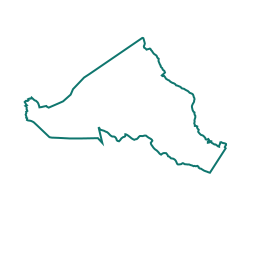 outline of Ibipeba, Bahia, Brazil, rotated 139°
{"feature_id": "56859067B8671900633841", "entity_name": "Ibipeba", "entity_type": "district", "adm_level": 2, "iso_a3": "BRA", "parent_name": "Brazil", "parent_adm1": "Bahia", "projection": "orthographic", "projection_center": [-42.197, -11.534], "detail": "fine", "context": "isolated", "style": "outline", "palette": "teal", "viewbox_px": 256, "rotation_deg": 139, "n_neighbors": 0, "source": "geoboundaries", "source_scale": "gbopen_adm2", "svg_char_len": 3625}
<svg xmlns="http://www.w3.org/2000/svg" viewBox="0 0 256 256"><g transform="rotate(139 128 128)"><path d="M180.8,214.3L182.1,213.9L183.1,214.9L184.5,215.3L184.8,214.2L185.9,214.2L187.3,215.5L188.9,215.4L189.1,214.0L189.5,212.6L189.4,211.5L190.9,211.9L190.7,211.0L191.1,209.8L192.2,208.8L192.4,207.9L192.8,206.9L194.2,207.1L194.9,206.0L196.5,205.2L197.1,203.4L198.1,202.6L197.7,201.5L199.0,200.4L198.5,199.3L197.8,198.5L197.0,197.6L196.3,196.5L195.8,195.3L195.4,194.3L194.9,189.7L193.3,172.6L191.9,170.8L187.1,166.3L178.5,158.0L177.8,157.4L172.3,152.6L167.2,148.3L157.4,140.1L157.2,133.6L149.7,147.9L149.7,146.5L150.1,145.2L149.4,143.9L148.6,142.7L147.9,141.6L147.3,140.0L146.5,138.6L146.2,136.7L146.2,135.1L146.1,133.8L145.8,132.8L145.5,131.9L144.2,130.8L143.7,129.6L143.7,128.5L143.9,127.4L144.4,126.5L144.4,125.2L143.5,123.9L141.9,124.0L141.0,124.2L139.9,124.5L138.6,124.4L137.6,124.3L136.7,123.8L135.6,123.6L134.9,124.2L134.1,125.0L133.6,124.3L133.1,123.0L132.7,121.3L132.4,119.8L132.2,118.5L132.0,117.5L131.5,116.1L131.0,115.0L129.8,114.6L128.7,113.9L127.0,113.9L125.6,114.2L124.2,114.1L123.1,113.1L122.1,112.2L120.6,111.5L119.4,110.4L119.2,109.0L118.8,107.2L118.3,105.9L117.9,104.7L117.7,103.5L118.0,102.4L119.4,102.1L120.6,101.8L121.2,100.6L121.4,99.6L121.5,98.2L121.7,96.8L121.7,95.1L121.5,93.7L121.1,92.4L121.0,91.4L120.9,89.7L121.0,88.0L120.8,87.1L120.5,86.2L118.7,86.1L117.6,85.7L116.6,84.9L115.7,83.9L115.8,82.5L115.9,81.3L116.3,80.4L115.7,79.4L115.5,78.4L115.5,77.0L114.6,75.9L113.9,75.0L113.6,74.0L113.4,73.0L113.5,71.6L114.0,70.0L114.4,68.7L114.2,67.7L112.8,66.6L111.5,65.8L110.0,65.7L109.3,64.9L109.1,63.7L108.2,62.7L107.5,62.0L106.8,61.2L105.8,60.4L105.0,58.8L104.1,57.5L103.6,56.2L102.7,55.8L101.9,54.6L100.5,53.9L100.2,52.6L100.7,51.8L100.3,50.2L99.6,49.4L99.3,48.3L98.9,47.0L98.5,45.8L97.7,44.3L97.1,43.3L96.4,41.9L95.5,40.5L67.6,48.6L67.5,50.1L66.2,50.6L65.1,50.9L64.5,51.7L65.0,52.9L65.9,54.0L66.6,55.0L66.9,56.1L67.7,56.6L68.8,55.8L69.8,55.3L70.8,54.9L71.5,54.1L72.1,55.1L72.3,56.4L72.7,58.1L73.6,58.9L74.0,60.4L74.4,61.3L74.5,62.4L73.8,63.3L74.4,64.0L75.6,63.6L76.4,63.9L77.4,64.5L76.8,65.2L75.5,65.0L74.7,65.9L74.6,67.0L76.0,67.4L76.8,68.5L76.2,69.9L76.2,71.5L76.3,72.8L76.7,73.8L77.4,74.8L77.6,76.3L77.6,77.9L77.5,79.1L76.7,79.7L75.8,80.3L75.9,82.0L75.5,83.1L74.7,83.7L75.2,84.8L76.2,85.7L75.4,86.7L75.0,88.0L73.6,89.0L72.8,90.2L71.8,90.9L70.4,91.7L69.2,93.0L69.0,94.2L68.3,95.5L67.6,96.1L67.9,97.4L67.5,99.1L66.7,100.6L66.1,101.7L65.4,102.6L64.5,103.1L63.2,103.7L61.9,104.1L60.9,104.5L60.1,105.3L58.9,106.1L58.3,107.1L58.1,108.1L57.5,109.3L57.0,110.6L57.1,111.6L57.8,113.1L58.4,114.2L58.4,115.2L58.6,116.8L59.1,117.9L59.6,119.2L60.0,120.8L60.6,121.6L61.4,122.7L61.4,124.3L61.8,125.4L62.3,126.3L62.9,127.6L63.7,128.6L63.6,130.1L64.1,131.7L64.9,133.0L65.4,134.4L65.7,135.5L65.7,136.7L66.3,138.0L66.7,139.2L67.0,140.3L66.7,141.8L66.6,143.5L67.9,144.5L68.0,145.5L66.4,145.5L65.1,145.5L63.7,145.6L63.1,147.3L63.5,149.2L62.9,150.8L63.1,152.0L63.0,152.9L62.4,153.7L62.3,154.9L61.7,156.6L61.1,158.4L60.1,159.5L59.4,160.2L59.7,161.3L59.5,162.4L59.0,163.9L59.3,165.2L59.6,166.3L59.8,167.3L59.7,168.2L59.6,169.3L59.4,170.3L59.5,171.6L59.2,172.5L59.4,173.6L60.3,173.9L61.2,174.4L62.6,175.0L62.6,176.4L63.1,178.1L62.4,179.3L61.1,179.9L59.9,180.7L59.3,181.8L58.7,183.1L58.1,184.3L57.5,185.8L58.1,186.6L121.5,194.0L128.1,194.9L132.1,194.5L144.0,193.4L149.4,190.8L159.5,190.7L164.4,192.2L174.5,195.4L175.2,197.2L175.2,198.2L177.9,199.7L179.5,200.5L181.3,201.7L180.5,203.2L179.6,205.5L179.4,206.6L179.5,207.8L179.6,208.9L180.1,209.7L180.4,210.6L180.8,214.3Z" fill="none" stroke="#0f766e" stroke-width="2"/></g></svg>